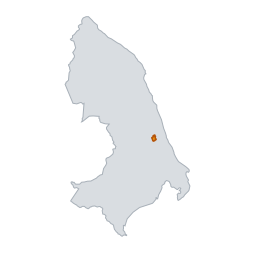 Sihuas, Áncash, Peru shown in context, rotated 184°
{"feature_id": "86281439B22456830614745", "entity_name": "Sihuas", "entity_type": "district", "adm_level": 2, "iso_a3": "PER", "parent_name": "Peru", "parent_adm1": "Áncash", "projection": "robinson", "projection_center": [-77.577, -8.497], "detail": "fine", "context": "in_parent", "style": "filled", "palette": "amber", "viewbox_px": 256, "rotation_deg": 184, "n_neighbors": 0, "source": "geoboundaries", "source_scale": "gbopen_adm2", "svg_char_len": 4677}
<svg xmlns="http://www.w3.org/2000/svg" viewBox="0 0 256 256"><g transform="rotate(184 128 128)"><path d="M181.0,69.3L180.9,70.1L180.0,70.5L179.3,69.9L178.1,70.1L176.4,68.3L172.3,68.6L170.4,70.7L167.7,71.1L164.7,72.1L161.3,72.5L156.0,75.8L154.8,77.2L152.4,79.2L150.4,79.8L149.5,85.9L147.5,89.4L146.8,91.4L147.8,94.3L147.8,95.7L146.7,96.9L145.8,97.0L144.0,98.2L141.3,100.9L140.8,103.0L141.7,105.7L141.4,106.0L139.1,106.5L139.2,108.0L138.7,108.6L140.6,110.8L141.7,111.3L141.7,111.8L141.6,112.4L141.1,112.6L141.1,113.1L142.5,114.7L143.4,118.0L145.4,119.5L145.4,120.6L146.0,121.6L147.0,122.4L149.4,125.6L149.5,127.1L147.0,130.6L151.1,130.6L155.6,131.7L156.2,132.3L156.8,133.9L156.8,134.9L157.7,135.7L157.6,137.6L163.6,137.6L167.5,137.1L173.7,131.4L174.7,130.9L174.2,132.1L174.1,133.1L174.4,134.0L173.7,135.5L173.6,149.5L174.7,148.7L176.2,150.1L177.2,150.1L180.7,148.5L184.6,148.8L193.8,167.2L193.0,168.4L193.0,169.3L191.9,170.2L190.7,171.6L190.6,178.9L189.6,181.1L190.1,182.3L190.6,184.6L191.5,186.0L191.7,186.9L191.6,187.2L190.3,188.0L190.2,189.3L187.9,192.0L187.4,193.7L186.6,194.3L186.4,196.3L188.4,199.5L187.1,201.4L185.8,204.3L187.9,210.3L188.7,211.2L189.6,211.1L191.0,211.7L191.7,212.6L190.0,213.7L189.7,214.2L189.8,216.2L188.0,217.6L185.4,221.4L184.8,221.6L183.5,222.8L183.3,223.3L183.5,223.9L184.5,225.0L184.6,226.4L182.8,228.1L181.6,228.3L181.1,228.7L181.6,231.0L181.6,232.1L181.2,233.3L180.3,234.7L177.6,236.1L175.2,236.3L171.1,232.8L169.8,231.4L165.8,228.5L165.2,225.4L163.8,223.9L161.3,222.7L159.4,221.1L157.9,220.4L154.2,216.9L150.9,215.8L144.6,212.2L141.3,210.9L136.9,207.5L134.6,206.6L132.7,205.0L127.1,201.6L126.2,200.5L125.3,198.8L124.1,197.8L122.6,195.5L120.5,194.2L118.5,192.4L116.0,187.6L114.8,186.5L114.7,184.3L113.9,183.3L115.1,182.6L115.9,179.1L115.5,177.4L112.6,172.9L112.1,171.0L110.0,167.5L109.2,165.3L107.5,163.8L106.8,162.5L105.9,161.9L105.8,160.3L105.2,157.2L104.3,155.7L100.9,152.8L100.6,149.6L99.8,147.4L95.2,138.6L92.4,130.1L90.2,125.4L89.2,122.6L89.1,121.2L87.4,118.7L86.5,116.4L82.7,111.9L80.5,107.0L80.2,105.5L78.7,102.8L76.3,99.3L75.1,97.9L67.7,93.5L64.3,90.9L63.9,89.5L64.1,88.7L64.8,88.0L65.9,88.6L66.5,88.3L67.0,87.3L67.0,85.9L66.4,84.0L64.0,80.3L64.6,78.7L62.2,74.5L62.8,70.3L63.3,69.3L66.9,65.1L67.8,63.3L69.4,62.2L70.9,60.6L72.8,59.3L73.3,59.7L73.9,62.0L73.8,63.4L74.3,65.1L73.0,66.6L71.6,66.3L71.1,66.7L70.9,67.4L71.1,68.5L71.4,69.0L72.5,69.0L71.1,71.2L71.2,71.6L72.2,72.0L73.1,71.5L74.1,70.2L74.7,70.0L78.3,72.2L80.0,71.9L81.2,72.9L81.4,74.5L83.2,77.5L85.8,78.3L86.3,78.0L86.9,76.9L87.5,76.7L87.6,75.0L89.9,73.2L90.3,72.0L89.9,71.1L90.0,70.4L91.3,66.4L91.8,66.0L92.1,64.7L92.7,63.9L93.5,59.4L94.1,59.4L94.7,60.5L95.4,60.2L95.0,59.2L95.2,58.8L97.7,55.3L98.5,54.5L110.9,49.5L117.0,44.4L122.5,37.3L124.2,30.1L124.8,30.6L125.8,30.5L125.5,27.6L125.7,26.2L125.7,25.8L124.0,24.0L123.3,22.1L121.8,21.1L121.9,20.6L123.5,21.0L124.9,20.9L126.1,19.7L127.0,19.8L129.0,21.4L130.5,21.6L131.0,22.7L132.4,23.6L134.5,26.1L135.4,28.8L135.4,29.3L136.3,30.7L138.3,31.4L140.3,33.4L142.4,34.0L143.3,35.8L143.9,36.3L144.2,37.4L143.8,38.6L144.1,39.2L145.7,40.3L147.0,40.3L147.3,40.9L148.0,43.8L147.5,45.3L147.7,46.2L149.4,46.9L149.9,47.5L151.3,47.7L153.2,47.0L155.6,47.9L157.5,47.6L158.3,47.4L159.2,46.7L159.9,46.7L161.8,44.8L162.3,44.7L164.4,45.5L166.1,46.8L168.2,46.6L169.0,45.8L170.5,45.3L173.3,46.9L173.9,47.7L174.6,47.8L177.6,49.4L178.1,50.0L179.6,50.7L180.0,51.2L179.9,51.7L172.9,63.9L175.1,65.0L177.1,64.3L178.1,65.1L178.9,67.1L180.4,68.4L181.0,69.3Z" fill="#d9dde1" stroke="#a8b0b8" stroke-width="1"/><path d="M100.0,121.6L100.1,121.8L100.3,121.9L100.4,122.0L100.5,122.1L100.6,122.3L100.7,122.5L100.8,122.4L100.8,122.5L101.0,122.6L101.1,122.8L101.1,122.7L101.2,122.8L101.3,122.8L101.4,122.7L101.5,122.6L101.7,122.4L101.8,122.3L101.8,122.2L102.0,122.2L102.3,122.1L102.4,121.9L102.2,121.6L102.3,121.5L102.3,121.4L102.2,121.3L102.3,121.2L102.4,120.9L102.5,120.8L102.5,120.7L102.8,120.7L103.0,120.4L103.2,120.2L103.3,120.2L103.5,120.1L103.6,119.9L103.5,119.7L103.4,119.7L103.3,119.4L103.3,119.2L103.2,119.1L103.0,118.9L102.9,118.9L102.9,118.7L102.9,118.4L102.8,118.2L102.7,118.1L102.7,117.9L102.5,117.7L102.4,117.5L102.4,117.4L102.4,117.2L102.2,117.1L102.0,116.9L101.9,116.7L101.7,116.7L101.6,116.8L101.5,117.0L101.4,117.0L101.2,117.0L100.9,117.0L100.8,117.3L100.7,117.4L100.6,117.5L100.4,117.5L100.2,117.5L100.0,117.8L99.9,117.9L99.8,118.0L99.7,118.2L99.4,118.3L99.2,118.4L99.2,118.5L99.3,118.5L99.5,118.6L99.6,118.8L99.5,119.1L99.7,119.3L99.8,119.3L99.8,119.5L100.0,119.6L100.0,119.8L100.1,120.0L100.1,120.3L100.3,120.4L100.3,120.5L100.2,120.8L100.2,121.0L100.2,121.3L100.0,121.5L100.0,121.6Z" fill="#f59e0b" stroke="#b45309" stroke-width="1.5"/></g></svg>